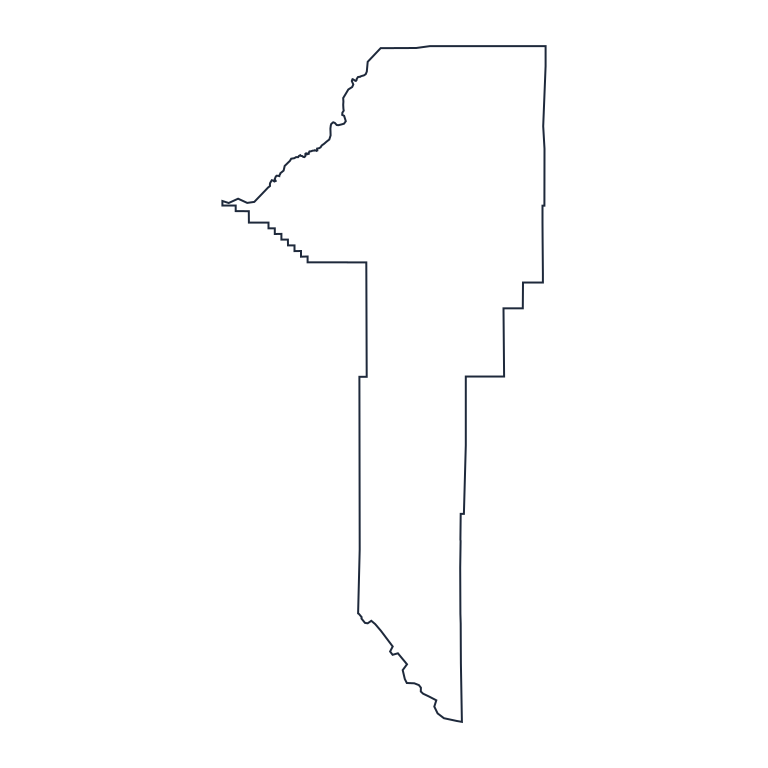 the district of Gallatin, Montana, United States of America
{"feature_id": "52423323B38273154408522", "entity_name": "Gallatin", "entity_type": "district", "adm_level": 2, "iso_a3": "USA", "parent_name": "United States of America", "parent_adm1": "Montana", "projection": "robinson", "projection_center": [-111.391, 45.336], "detail": "fine", "context": "isolated", "style": "outline", "palette": "slate", "viewbox_px": 768, "rotation_deg": 0, "n_neighbors": 0, "source": "geoboundaries", "source_scale": "gbopen_adm2", "svg_char_len": 2465}
<svg xmlns="http://www.w3.org/2000/svg" viewBox="0 0 768 768"><path d="M545.6,46.1L479.4,46.1L457.7,46.1L430.1,46.1L416.2,48.0L393.6,48.1L380.7,48.1L367.7,61.8L366.8,71.6L365.7,74.2L364.9,74.7L364.3,75.2L363.2,75.6L362.3,75.8L361.2,76.2L360.3,76.5L360.0,76.9L359.5,76.9L358.8,76.9L357.9,77.1L356.7,79.0L356.6,80.0L356.0,80.4L355.8,80.9L355.1,80.7L354.3,80.1L353.7,79.8L353.2,79.4L352.5,79.2L352.3,79.6L351.8,81.0L353.3,84.5L352.2,87.0L348.3,89.5L345.7,93.9L343.2,98.0L343.4,101.7L343.2,104.7L343.4,108.6L343.7,110.7L342.4,112.6L342.2,114.9L344.1,115.8L345.8,121.2L344.0,123.7L341.2,124.5L338.3,125.2L336.7,125.0L334.8,122.9L333.2,122.3L331.3,123.9L330.8,125.4L330.4,128.6L330.5,131.4L330.6,135.4L329.3,139.5L326.6,141.6L324.2,143.7L321.7,145.5L320.6,147.3L319.1,148.2L317.1,148.6L317.1,149.9L317.3,150.5L316.4,150.9L315.9,150.5L314.8,150.2L314.3,150.6L312.9,150.6L310.6,151.4L309.5,151.4L308.8,152.7L308.8,153.8L307.0,154.3L306.9,153.5L306.1,153.3L305.4,153.8L305.4,154.6L305.3,156.2L304.4,157.1L303.2,156.9L302.4,156.1L300.9,155.9L300.3,155.2L298.9,156.0L298.2,157.1L296.1,157.1L294.3,158.2L291.2,158.7L289.9,160.9L288.0,162.7L286.4,164.3L284.7,165.9L284.2,168.1L283.6,170.6L281.9,172.0L280.3,173.3L280.1,174.3L279.4,175.3L279.3,176.1L278.5,175.9L276.7,175.7L275.8,176.5L274.7,179.2L275.2,180.0L275.7,180.9L274.4,181.5L273.6,181.0L273.2,180.6L271.8,180.2L271.2,181.2L270.2,182.9L269.9,184.1L270.0,186.0L268.8,187.0L268.4,187.2L254.3,201.9L247.2,202.9L238.1,198.7L228.7,203.0L222.4,201.0L222.4,205.5L235.7,205.5L235.7,211.1L248.8,211.2L248.9,222.6L268.5,222.6L268.5,228.3L274.8,228.3L274.8,234.0L281.4,233.9L281.4,239.6L287.9,239.6L288.0,245.4L294.5,245.4L294.5,251.1L301.0,251.0L301.0,256.7L307.6,256.5L307.6,262.3L366.3,262.4L366.7,376.8L359.4,376.8L359.7,549.5L358.1,613.4L358.9,613.9L361.6,617.1L361.5,618.6L365.0,622.9L367.7,623.3L371.3,620.8L375.2,624.1L380.9,630.8L392.7,646.5L390.1,651.5L392.6,654.8L397.9,653.3L407.0,664.3L402.7,670.1L404.8,679.0L406.8,683.0L414.3,683.3L418.9,685.1L420.9,687.7L420.8,691.5L423.1,693.7L429.0,696.5L436.3,700.3L434.3,706.6L437.6,713.4L443.9,718.2L456.9,721.0L461.9,721.9L460.9,663.6L460.8,647.2L460.7,623.7L460.4,613.9L460.2,567.5L460.6,540.8L460.4,539.9L460.7,513.9L463.9,513.9L465.8,445.2L465.8,376.5L504.1,376.5L503.5,308.3L522.8,308.3L523.0,282.5L542.9,282.5L542.9,273.6L542.6,238.8L542.5,222.7L542.5,205.7L544.4,205.7L544.5,148.8L543.2,126.2L545.6,66.1L545.6,46.1Z" fill="none" stroke="#1e293b" stroke-width="2"/></svg>